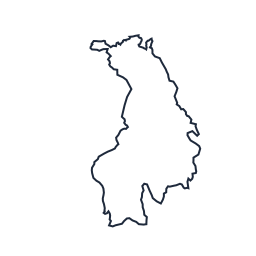 outline of Peristerona Pafou, Paphos, Cyprus, rotated 330°
{"feature_id": "46923920B18196113028604", "entity_name": "Peristerona Pafou", "entity_type": "district", "adm_level": 2, "iso_a3": "CYP", "parent_name": "Cyprus", "parent_adm1": "Paphos", "projection": "natural_earth1", "projection_center": [32.486, 34.995], "detail": "fine", "context": "isolated", "style": "outline", "palette": "slate", "viewbox_px": 256, "rotation_deg": 330, "n_neighbors": 0, "source": "geoboundaries", "source_scale": "gbopen_adm2", "svg_char_len": 3173}
<svg xmlns="http://www.w3.org/2000/svg" viewBox="0 0 256 256"><g transform="rotate(330 128 128)"><path d="M135.5,40.0L136.1,42.0L138.0,43.2L140.5,44.9L141.7,46.8L144.4,47.1L146.1,47.4L149.9,49.4L147.3,51.8L148.2,53.7L149.0,57.1L147.6,57.4L145.0,58.6L145.4,61.0L144.8,62.8L143.4,63.7L143.5,65.8L144.4,67.7L145.0,70.0L147.8,72.2L145.4,76.6L149.0,81.6L150.7,85.6L150.4,96.0L142.7,100.7L136.5,106.5L128.3,115.2L128.7,116.7L129.4,118.7L128.8,120.5L127.3,121.6L127.6,124.1L128.4,125.3L128.4,127.1L127.3,127.3L125.9,127.8L124.4,126.7L122.6,126.4L120.2,126.6L116.2,129.2L112.9,130.4L112.0,132.7L111.8,135.8L111.5,137.3L110.3,137.4L107.8,138.3L106.4,139.2L103.0,139.0L98.8,138.4L94.6,138.2L91.7,138.2L88.3,138.2L86.3,139.9L81.8,140.7L80.8,142.4L77.0,144.4L75.5,146.5L74.4,149.1L73.1,153.9L74.3,157.9L76.0,160.9L76.8,165.2L76.4,168.2L74.8,171.9L73.2,173.9L71.0,176.3L69.8,178.6L69.1,182.0L67.8,185.8L66.3,187.8L66.3,188.4L64.5,189.3L65.2,190.9L67.2,191.3L69.4,190.4L69.4,193.0L68.8,194.8L67.4,196.8L66.4,198.0L66.7,200.0L62.9,202.9L65.6,205.6L68.5,206.0L74.9,207.9L78.1,206.6L81.8,205.8L84.1,206.8L85.7,210.3L88.2,213.4L89.3,216.7L93.3,219.5L94.9,220.1L95.8,220.5L96.1,220.0L97.8,217.3L99.8,214.5L98.7,211.3L100.3,207.9L101.1,204.0L102.6,201.3L103.4,196.6L105.5,194.8L107.7,191.5L110.3,189.9L111.4,185.4L114.2,184.4L116.3,186.4L115.4,193.0L115.0,197.9L114.4,201.1L116.2,205.9L118.7,209.8L122.5,207.4L124.8,205.3L126.3,202.7L128.9,202.8L130.8,199.8L133.5,198.5L134.9,199.7L139.1,201.0L141.1,201.7L145.1,202.3L146.4,203.8L146.4,207.5L147.0,208.7L149.4,209.4L150.2,210.3L152.6,204.3L155.0,202.0L155.8,204.7L158.2,204.1L159.7,202.7L161.0,199.8L164.2,200.9L165.4,199.7L165.9,198.2L166.1,197.6L167.4,194.7L167.3,190.6L168.5,188.8L169.9,186.4L175.7,186.2L180.2,182.0L180.6,179.3L178.9,175.3L176.0,170.1L175.9,168.1L175.9,164.0L177.1,162.2L182.2,162.9L184.0,169.3L186.3,168.7L186.7,163.7L187.4,160.2L188.7,158.7L184.8,154.9L187.1,152.4L186.4,148.1L185.3,147.2L185.1,145.0L186.1,143.2L185.6,140.5L185.3,139.2L183.4,138.4L183.4,136.3L183.4,134.7L182.0,131.9L183.2,130.8L184.2,123.8L187.9,120.9L190.7,118.3L190.7,114.4L190.5,110.5L187.6,107.8L188.4,104.3L189.5,101.7L189.7,98.6L190.1,96.0L190.1,88.1L190.4,83.4L187.1,79.5L186.5,75.6L188.2,72.6L188.5,70.7L187.4,69.5L187.3,69.1L188.0,68.8L188.8,68.5L189.2,68.1L189.6,67.7L189.7,67.3L190.3,66.7L192.6,65.0L192.5,64.6L192.6,64.1L192.8,63.1L193.1,62.4L192.4,62.3L190.7,62.5L189.4,62.7L188.8,62.3L187.3,62.7L186.3,63.2L185.8,64.8L184.9,65.8L184.5,67.5L183.1,69.0L182.8,68.2L181.9,67.3L181.2,65.9L178.6,63.1L178.6,61.9L178.9,61.1L180.3,61.3L181.1,60.9L181.6,60.3L183.0,59.5L184.0,58.6L184.2,57.9L184.3,56.9L184.1,56.4L183.0,55.6L182.7,54.0L183.5,53.0L180.3,51.8L179.0,51.5L177.7,51.1L175.2,49.9L175.4,50.6L174.6,51.0L173.8,51.5L173.1,51.3L172.0,51.1L170.3,50.6L169.9,51.1L168.6,49.8L167.2,50.0L166.7,50.8L164.2,51.3L163.1,52.0L162.8,51.2L162.1,50.7L162.3,50.0L162.3,49.1L161.8,48.9L160.6,48.8L158.5,51.1L156.3,49.3L153.4,49.4L152.9,47.8L152.2,46.3L150.7,43.8L151.0,42.7L151.5,41.2L150.7,40.4L148.2,39.7L145.5,38.0L144.1,36.9L142.9,36.2L141.8,35.5L138.5,37.0L138.9,37.8L136.3,39.0L135.5,40.0Z" fill="none" stroke="#1e293b" stroke-width="2"/></g></svg>